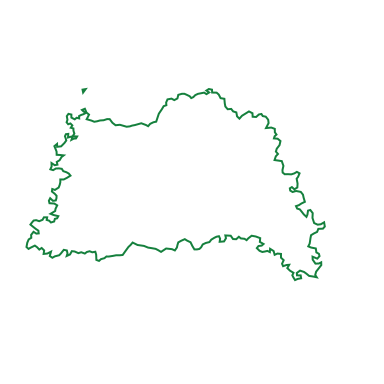 Cantagalo, Paraná, Brazil, rotated 287°
{"feature_id": "56859067B14365297137132", "entity_name": "Cantagalo", "entity_type": "district", "adm_level": 2, "iso_a3": "BRA", "parent_name": "Brazil", "parent_adm1": "Paraná", "projection": "mercator", "projection_center": [-52.14, -25.306], "detail": "fine", "context": "isolated", "style": "outline", "palette": "green", "viewbox_px": 384, "rotation_deg": 287, "n_neighbors": 0, "source": "geoboundaries", "source_scale": "gbopen_adm2", "svg_char_len": 4770}
<svg xmlns="http://www.w3.org/2000/svg" viewBox="0 0 384 384"><g transform="rotate(287 192 192)"><path d="M285.6,240.5L285.3,237.4L286.9,235.6L285.7,233.3L282.5,231.4L281.7,228.0L285.0,226.8L285.7,222.9L279.5,217.5L276.0,215.9L277.5,213.0L281.1,211.1L281.1,207.8L282.9,205.2L281.6,201.9L283.5,198.9L286.4,197.4L290.6,195.7L290.1,191.9L293.0,189.1L294.2,186.5L293.0,182.2L295.7,181.2L295.4,178.0L293.2,176.1L292.2,179.3L289.8,177.2L290.6,174.6L289.1,171.8L287.6,169.0L285.6,166.8L283.1,165.5L281.6,163.8L282.9,161.8L283.4,158.6L283.7,156.0L283.0,153.7L280.9,150.5L277.2,150.7L274.7,148.2L275.3,145.1L273.4,141.5L270.0,141.1L267.5,142.1L265.8,139.8L262.4,139.0L257.2,137.4L253.7,137.3L248.8,137.2L247.4,134.7L245.0,132.1L242.1,130.8L242.6,128.5L242.9,123.4L241.1,120.6L239.3,117.8L238.0,115.3L236.6,113.4L235.3,110.4L235.2,103.4L233.5,99.4L234.9,95.7L237.6,92.0L236.9,89.5L234.8,86.5L233.5,83.1L231.9,80.6L230.6,78.0L230.9,74.9L230.8,70.0L235.9,70.9L237.1,67.9L234.7,65.5L233.3,63.5L231.6,61.8L229.4,62.6L229.3,60.0L227.2,58.6L227.9,54.9L230.8,54.0L230.6,51.0L227.9,50.1L224.6,51.8L222.0,51.7L220.6,53.8L222.0,55.7L220.7,58.1L218.0,57.3L218.1,60.0L215.8,60.8L213.5,62.4L210.4,61.6L207.9,57.5L211.4,56.7L210.4,54.5L208.2,54.2L206.4,55.5L204.5,56.7L201.6,55.7L197.4,53.5L195.8,49.8L198.5,48.9L195.6,47.0L192.8,49.3L191.0,50.7L188.0,51.7L188.8,54.9L189.5,58.6L187.3,57.0L183.7,56.1L181.2,53.9L178.8,55.3L177.5,52.9L178.6,49.2L175.4,50.3L172.3,49.9L172.3,52.8L174.7,55.0L175.7,58.0L176.1,60.7L174.3,62.8L174.2,66.1L173.6,68.8L172.1,71.0L168.9,68.2L166.5,65.7L165.5,62.4L162.9,63.2L160.2,63.4L157.3,63.2L153.9,60.3L154.0,57.5L151.5,57.9L150.2,61.2L148.8,63.6L146.4,64.2L144.1,64.2L142.9,61.6L144.6,58.2L141.8,57.7L139.6,59.0L140.7,63.7L139.8,67.0L136.1,66.4L133.8,66.7L129.8,63.1L129.5,66.2L129.8,71.2L127.4,70.7L126.2,68.7L123.5,68.8L121.6,66.0L122.8,63.8L122.8,61.2L125.4,60.9L124.5,57.8L121.7,57.2L119.4,54.4L119.5,51.2L118.4,48.9L115.8,47.8L113.6,47.0L112.2,50.4L111.0,53.5L110.1,56.4L107.6,57.5L106.7,55.3L107.6,52.1L103.9,50.7L101.2,51.7L98.9,49.7L95.4,49.3L91.0,49.8L89.8,52.3L91.5,53.9L94.8,57.4L93.9,60.0L92.3,62.8L94.5,64.6L92.9,67.7L89.4,68.2L90.9,71.7L93.7,74.6L89.2,74.7L88.3,77.7L90.4,79.7L92.7,83.5L95.1,84.7L99.2,86.3L99.5,89.4L96.9,90.9L94.2,90.9L96.6,93.6L100.3,94.4L100.8,97.2L100.3,101.2L102.0,103.7L101.8,107.5L103.9,109.0L105.4,111.4L105.2,114.3L106.6,117.0L104.0,118.7L99.1,120.4L98.9,123.2L101.2,124.6L103.1,127.6L105.3,129.0L106.0,131.4L107.9,135.3L109.3,137.9L110.4,141.5L111.5,144.1L115.7,145.5L120.9,147.3L123.3,148.7L126.3,150.0L125.4,155.4L126.4,161.8L126.0,166.3L126.4,169.0L127.0,173.8L126.5,176.6L125.7,179.9L130.4,183.8L131.5,189.6L131.1,192.7L134.5,193.8L137.0,193.6L139.8,193.6L142.2,195.9L144.8,198.9L144.1,201.4L143.5,205.3L140.4,208.2L137.8,211.1L138.6,213.6L139.7,215.7L141.8,216.9L145.0,217.6L147.3,220.1L149.2,223.3L152.1,224.4L154.7,226.7L156.4,228.5L157.6,230.7L155.6,232.5L152.5,233.0L154.1,237.1L157.7,238.0L160.2,236.6L161.5,241.8L159.0,245.0L159.8,248.1L162.9,249.9L161.9,252.3L162.6,255.9L161.9,258.3L164.2,259.4L167.6,261.8L168.1,266.0L167.8,270.7L164.1,271.5L163.2,275.6L161.1,274.3L159.8,271.4L157.3,270.4L155.5,273.8L155.2,276.8L156.4,279.1L157.7,281.3L157.3,284.0L160.5,283.3L159.4,287.3L156.1,289.4L158.1,291.7L158.8,295.2L155.2,296.3L153.6,299.6L149.7,299.1L147.7,300.8L149.8,303.7L150.8,306.2L147.1,305.4L145.4,308.7L144.4,312.7L141.7,312.3L140.1,313.8L137.9,316.3L139.8,318.5L141.4,321.6L144.0,320.3L143.0,316.8L145.2,315.9L148.4,318.3L148.3,322.5L147.3,325.4L146.0,328.5L146.6,332.7L146.9,336.2L148.7,334.1L152.1,334.0L159.9,337.0L162.5,336.1L160.7,334.2L159.6,331.0L162.6,327.2L165.4,326.2L164.9,331.3L168.0,332.7L170.0,331.4L170.6,328.6L174.2,326.9L173.7,322.0L174.0,319.1L177.0,319.6L179.3,319.3L182.4,318.8L185.5,318.5L188.0,320.7L190.4,323.3L193.7,323.6L195.2,327.9L197.8,329.1L201.6,327.2L198.8,324.6L197.5,321.7L198.0,317.9L202.4,314.8L207.1,313.6L209.4,310.4L208.1,308.4L204.1,309.0L201.7,308.7L203.3,305.4L204.8,303.3L206.9,300.2L206.9,297.4L208.9,295.6L210.6,298.0L213.0,300.0L215.6,302.8L219.2,300.4L221.9,298.9L223.9,296.0L223.4,291.2L221.4,288.2L222.1,285.5L224.1,284.5L225.9,286.1L224.5,289.1L227.1,291.4L230.9,290.5L235.3,288.2L237.5,289.0L241.3,289.4L241.9,286.4L239.7,284.4L237.9,281.8L237.1,278.5L236.1,275.5L237.1,273.0L239.4,272.1L243.7,271.8L247.8,268.8L246.7,261.6L250.6,261.7L253.5,263.1L255.2,260.4L258.2,260.4L262.4,262.0L266.6,261.7L268.0,258.3L267.2,254.7L269.4,254.7L271.6,256.0L273.3,253.8L276.6,252.7L276.8,249.0L274.8,244.1L280.3,245.1L283.4,243.7L285.6,240.5ZM210.4,61.6L211.5,65.9L209.3,65.4L208.4,63.2L206.7,61.5L210.4,61.6ZM237.1,67.9L240.3,65.2L238.3,62.8L237.2,64.9L237.1,67.9ZM257.9,57.4L255.3,58.8L259.3,60.2L257.9,57.4Z" fill="none" stroke="#15803d" stroke-width="2"/></g></svg>